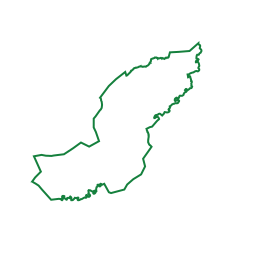 Orxon, Bulgan, Mongolia (Equal Earth projection), rotated 321°
{"feature_id": "93677404B53654733143860", "entity_name": "Orxon", "entity_type": "district", "adm_level": 2, "iso_a3": "MNG", "parent_name": "Mongolia", "parent_adm1": "Bulgan", "projection": "equal_earth", "projection_center": [103.912, 48.721], "detail": "fine", "context": "isolated", "style": "outline", "palette": "green", "viewbox_px": 256, "rotation_deg": 321, "n_neighbors": 0, "source": "geoboundaries", "source_scale": "gbopen_adm2", "svg_char_len": 5801}
<svg xmlns="http://www.w3.org/2000/svg" viewBox="0 0 256 256"><g transform="rotate(321 128 128)"><path d="M208.2,95.6L204.2,98.5L203.5,98.6L202.9,98.3L202.8,97.9L202.5,97.9L202.2,97.6L201.5,97.6L201.4,97.2L200.7,97.3L200.2,97.0L199.9,97.1L199.8,96.8L199.6,96.8L199.5,96.3L198.8,95.9L198.7,95.6L198.5,95.4L198.3,95.4L198.4,95.2L198.1,95.1L198.0,94.7L197.8,94.3L197.4,94.3L197.0,93.9L195.4,93.2L195.4,92.7L195.1,92.2L194.8,92.0L194.7,92.1L194.7,91.8L194.5,91.7L194.2,91.3L194.2,90.8L193.4,90.4L193.2,90.1L192.5,90.2L191.4,89.7L191.0,89.7L190.6,89.4L189.3,89.1L189.1,89.4L188.6,89.6L188.0,90.4L187.7,90.4L187.0,90.7L186.6,91.1L186.4,91.1L186.4,91.3L185.9,91.0L185.5,91.2L185.4,91.4L185.2,91.3L184.8,91.5L184.3,91.8L182.4,91.9L181.4,91.5L180.8,91.7L180.1,91.3L179.9,90.9L179.4,90.5L179.1,90.4L178.5,90.0L178.4,89.9L178.0,89.8L177.8,89.4L177.5,89.0L176.8,88.4L176.7,88.1L176.8,87.9L176.2,87.8L175.4,87.3L174.7,87.3L173.5,86.9L172.6,86.4L172.1,86.3L171.9,85.9L171.0,85.7L170.6,85.4L169.9,85.4L169.4,85.5L169.1,85.7L168.9,85.6L168.0,85.7L167.2,85.7L166.9,85.5L166.5,85.4L165.8,85.7L165.8,85.9L164.8,86.1L164.3,86.1L163.4,86.3L162.7,86.2L161.6,86.5L161.0,86.4L160.1,86.5L159.7,86.3L161.1,82.7L149.4,82.5L139.5,83.3L125.3,86.9L125.5,87.5L125.5,87.8L125.0,88.9L124.4,89.7L124.1,91.0L122.4,93.7L120.2,95.8L118.4,96.5L117.6,96.5L116.4,96.8L110.0,98.6L107.3,99.1L101.7,106.0L100.5,110.9L97.2,120.0L86.1,118.0L82.3,109.7L72.8,109.2L61.7,108.1L52.9,102.6L51.0,101.6L46.7,97.8L43.9,94.5L37.1,90.8L32.8,107.1L24.7,108.0L19.9,109.3L20.2,109.6L20.1,110.3L21.2,113.1L22.3,116.5L22.4,121.7L23.1,135.4L29.8,139.6L30.5,140.4L31.2,140.9L31.2,141.4L31.0,142.1L31.3,142.6L31.7,142.6L32.6,142.2L32.7,141.7L32.6,140.9L33.1,140.7L33.6,141.0L34.1,140.9L34.2,140.4L33.9,139.8L33.9,139.7L34.5,139.7L35.4,140.4L35.5,140.6L35.6,140.9L34.6,142.0L34.5,142.5L34.6,143.2L34.9,143.8L34.9,144.6L35.0,144.9L35.2,145.1L35.5,145.0L35.8,144.9L35.9,144.4L36.1,144.3L36.8,144.2L37.2,144.4L37.9,144.9L38.1,145.2L38.2,145.6L38.6,145.8L38.8,145.7L39.8,144.9L40.0,144.9L40.2,145.7L40.1,146.5L39.6,147.2L38.6,148.0L38.5,148.4L39.2,149.0L40.0,149.3L41.7,149.1L42.8,148.8L43.3,149.5L43.8,149.9L45.4,150.6L45.5,150.9L45.1,151.3L44.6,151.4L43.8,151.8L43.7,152.1L43.7,152.6L44.0,152.9L45.1,153.5L46.3,153.5L47.2,154.1L50.3,154.6L50.8,154.8L51.1,155.5L51.5,155.8L51.9,155.8L52.3,155.5L52.5,155.2L53.0,154.0L53.5,153.9L53.9,154.4L54.2,155.3L54.1,155.6L53.8,155.9L53.8,156.4L54.5,157.0L55.4,157.0L56.0,156.7L56.3,156.0L56.3,155.2L56.0,154.3L56.0,153.9L56.9,153.4L57.7,151.8L58.4,151.6L59.6,152.9L59.8,153.9L60.4,155.0L61.0,155.3L62.4,155.6L62.7,155.8L62.7,156.0L61.8,156.4L60.5,156.4L60.0,156.7L59.9,157.0L60.0,157.5L60.4,157.8L60.8,157.9L61.6,157.9L62.1,157.7L62.8,157.3L63.6,157.3L64.5,155.8L65.3,155.0L66.3,154.2L67.6,154.3L67.8,154.2L68.0,153.6L68.6,153.0L68.9,153.1L69.8,153.9L69.9,154.5L69.3,155.3L69.3,155.6L69.6,155.8L70.0,155.8L70.7,155.6L70.8,155.3L70.8,154.9L70.7,154.3L71.1,154.1L71.6,154.1L71.9,154.5L72.0,155.3L72.2,155.8L74.4,156.4L72.7,165.9L73.9,167.9L86.4,173.5L91.8,171.4L99.9,171.1L109.0,172.3L117.1,168.6L120.4,161.4L134.5,157.4L134.4,155.4L134.1,155.0L134.1,154.4L134.1,153.9L134.5,152.8L134.5,152.2L134.8,151.6L135.6,150.7L136.2,149.9L136.7,149.6L137.1,149.1L138.1,148.3L138.3,147.9L138.7,147.7L139.5,146.7L139.7,146.4L139.6,146.2L140.1,145.8L140.1,145.4L140.6,144.4L140.5,144.2L140.5,143.5L141.0,143.0L140.9,142.6L141.1,142.1L141.2,141.7L141.4,141.2L141.8,140.8L141.9,140.3L145.5,141.1L147.6,142.1L154.2,140.9L155.8,140.7L157.5,140.7L157.8,140.6L158.2,139.3L158.2,138.4L157.9,137.9L157.4,137.5L156.7,137.3L155.2,137.2L154.8,137.0L154.7,136.9L154.8,136.5L155.1,136.2L155.6,136.1L156.3,135.6L157.3,135.4L157.8,135.5L159.6,136.5L160.4,136.3L161.3,136.6L161.7,136.9L162.0,137.5L162.3,139.6L162.5,139.9L162.9,139.8L163.4,139.5L164.2,139.6L164.7,139.5L166.5,138.7L166.8,139.0L168.1,140.5L169.2,141.1L169.7,141.2L170.5,141.2L171.1,140.9L171.3,140.6L171.4,140.3L171.4,139.9L171.0,139.6L171.1,139.2L171.9,138.8L172.6,138.9L173.0,138.8L173.3,138.5L173.8,138.3L173.9,137.6L174.1,137.4L174.7,137.7L175.3,137.6L176.0,137.6L177.0,137.4L178.1,137.7L178.6,137.8L179.1,138.2L180.3,138.4L181.0,139.1L182.2,139.9L182.8,139.9L183.7,139.5L184.3,139.5L184.8,139.1L184.9,138.6L184.7,138.2L183.9,137.5L183.0,137.0L182.2,137.0L181.8,136.9L181.6,136.3L181.7,136.0L182.4,135.2L182.9,134.9L183.5,134.8L183.8,134.8L184.1,135.0L184.6,134.9L185.0,135.1L185.1,135.4L184.7,135.8L184.7,136.0L184.9,136.4L185.3,136.6L185.9,136.7L186.9,136.4L187.7,135.7L188.6,135.6L188.8,135.6L189.5,136.4L190.5,137.1L191.8,137.2L192.2,137.1L192.6,136.7L193.3,136.3L194.6,136.1L195.9,136.5L196.4,136.4L196.6,136.1L196.1,134.7L196.1,134.4L197.4,134.1L197.8,134.3L197.9,134.6L197.1,134.8L197.0,135.0L197.0,135.6L197.2,135.9L197.5,136.1L200.2,136.3L201.2,136.1L202.3,136.8L202.8,136.8L203.9,136.2L203.9,135.6L203.7,135.1L204.4,134.7L205.1,133.3L206.4,132.6L206.8,132.0L206.9,131.8L206.6,131.5L206.5,131.2L207.0,130.8L207.7,129.5L207.9,128.6L208.5,127.7L208.7,126.7L208.0,126.0L207.7,126.0L206.9,126.5L206.6,126.4L206.9,125.8L207.5,125.4L207.7,124.4L208.0,123.9L209.3,124.7L210.8,124.7L212.8,125.4L213.9,126.0L215.4,126.1L216.6,126.5L217.2,126.9L217.7,127.7L218.1,128.0L219.5,128.0L220.1,127.5L220.4,127.0L220.4,125.7L220.8,125.3L222.5,124.6L223.6,122.6L224.0,120.7L223.3,120.1L222.2,119.8L222.1,119.7L222.3,119.3L223.1,118.8L223.8,119.2L224.5,119.4L224.9,119.5L226.0,119.1L226.0,118.9L225.8,118.3L225.5,117.9L225.0,117.5L224.8,117.3L224.8,117.2L225.8,116.0L227.2,114.8L227.9,114.6L228.9,115.5L229.2,115.6L230.2,115.1L230.9,115.0L231.7,115.2L233.4,114.5L233.9,113.9L234.2,113.1L234.0,112.0L234.0,111.1L235.4,110.0L235.8,109.6L236.0,109.0L236.0,108.6L235.6,107.9L235.6,107.6L235.7,106.9L236.1,106.4L224.3,106.9L215.1,100.6L208.2,95.6Z" fill="none" stroke="#15803d" stroke-width="2"/></g></svg>